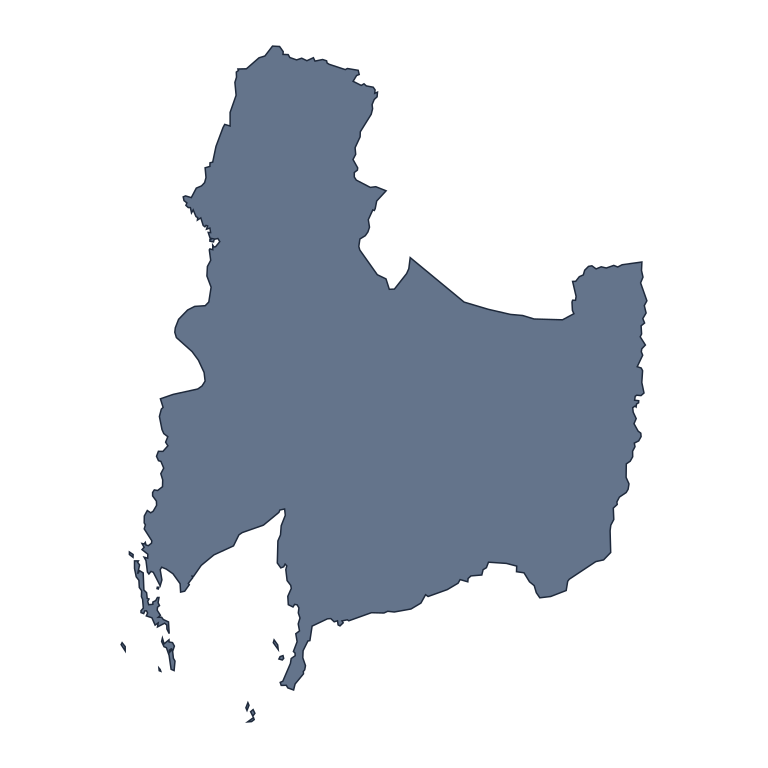 Ao Luek, Krabi, Thailand
{"feature_id": "78962969B54777225393770", "entity_name": "Ao Luek", "entity_type": "district", "adm_level": 2, "iso_a3": "THA", "parent_name": "Thailand", "parent_adm1": "Krabi", "projection": "robinson", "projection_center": [98.715, 8.383], "detail": "fine", "context": "isolated", "style": "filled", "palette": "slate", "viewbox_px": 768, "rotation_deg": 0, "n_neighbors": 0, "source": "geoboundaries", "source_scale": "gbopen_adm2", "svg_char_len": 6104}
<svg xmlns="http://www.w3.org/2000/svg" viewBox="0 0 768 768"><path d="M641.9,262.0L622.2,264.7L617.7,267.0L613.8,265.4L606.3,268.0L601.2,266.8L596.1,268.9L591.9,265.8L588.5,266.4L584.7,270.2L583.3,274.9L579.3,276.7L575.7,281.3L572.6,281.4L576.1,296.4L575.5,300.3L572.6,300.2L572.0,302.1L572.4,310.4L573.9,313.7L562.5,319.8L534.1,319.0L522.7,315.5L510.4,314.4L488.3,309.3L464.1,302.1L410.2,257.6L408.8,268.7L406.6,273.6L394.4,289.1L389.3,289.3L386.0,278.9L377.3,274.7L359.8,250.0L358.8,246.4L359.9,239.0L365.3,235.7L367.9,232.0L369.5,227.2L368.3,219.7L372.8,209.9L374.3,210.5L375.2,208.7L376.7,201.0L386.1,190.8L375.8,186.7L370.3,187.4L356.3,180.1L354.3,177.0L354.3,172.5L357.4,170.1L357.7,167.9L353.0,159.5L355.7,154.3L355.1,147.7L360.1,136.9L360.3,131.8L371.2,114.3L372.6,108.8L372.1,104.6L374.2,99.5L377.1,96.8L377.5,92.1L374.7,93.3L375.1,89.9L373.2,87.2L366.3,85.9L364.0,83.8L361.2,85.4L353.1,81.3L356.6,75.5L359.2,74.5L358.2,70.3L347.4,68.5L345.3,69.6L329.2,64.3L327.1,63.0L326.6,60.8L322.6,59.5L315.0,61.1L313.4,57.7L306.9,60.7L301.7,58.2L296.6,59.9L289.8,57.5L288.2,54.6L283.0,54.4L283.2,51.6L279.6,46.5L272.5,46.1L264.9,56.0L259.0,57.8L246.4,68.8L237.9,69.0L238.4,70.5L236.3,72.1L236.5,77.2L234.9,82.4L236.1,95.3L230.1,112.4L230.1,126.0L224.7,124.4L223.0,127.6L216.0,146.3L212.7,162.1L210.0,162.8L209.9,166.4L205.1,167.8L206.0,177.5L204.6,182.6L201.5,185.9L196.3,188.1L191.3,197.6L185.5,195.9L183.2,196.9L184.0,200.6L186.9,202.9L185.9,205.4L188.3,207.6L190.4,207.6L191.5,212.9L193.2,209.9L196.0,216.6L197.7,217.6L197.4,220.1L200.8,217.9L203.2,225.5L204.9,226.8L206.0,225.4L207.6,225.9L206.5,229.2L209.9,228.1L210.6,232.6L208.2,232.4L210.1,238.2L212.2,238.6L209.9,239.6L209.9,241.2L213.5,241.9L214.2,239.3L217.9,238.5L219.8,241.6L215.6,246.7L214.0,247.0L212.7,245.1L212.8,249.7L209.9,248.9L209.3,249.9L210.7,260.3L207.4,266.5L206.9,276.0L211.1,287.2L208.8,302.0L205.2,305.7L194.7,306.4L187.6,310.0L178.6,319.3L175.3,327.8L174.8,332.3L176.4,337.6L192.1,351.6L198.4,360.2L204.1,372.5L205.1,381.1L202.0,386.0L197.7,389.0L173.1,394.4L160.4,398.8L163.1,407.4L161.3,409.2L159.4,416.5L162.0,429.6L163.8,433.6L167.8,436.7L165.6,442.2L167.9,445.8L162.9,451.4L158.4,451.3L156.5,456.3L158.5,460.7L160.9,461.4L163.7,468.1L160.8,473.7L162.7,479.9L162.5,486.7L157.6,490.5L154.3,489.9L152.6,492.5L152.6,495.9L156.4,501.1L156.6,505.3L153.1,511.3L150.7,512.8L147.3,510.5L144.3,516.0L144.2,522.9L145.4,524.9L144.2,528.9L151.8,540.8L151.5,543.2L148.3,545.7L146.0,545.0L145.3,542.4L144.2,543.9L142.0,543.5L144.1,547.3L142.0,549.6L147.8,554.2L147.7,558.2L144.1,557.2L146.0,560.6L147.4,572.0L148.9,574.0L151.0,571.4L153.3,572.3L160.2,585.8L161.9,579.9L160.2,569.7L161.7,567.2L166.3,569.1L173.0,573.8L180.1,583.7L180.6,592.1L184.7,591.2L189.3,584.7L188.3,583.4L192.8,577.6L192.1,576.2L193.6,576.3L201.2,565.4L213.9,554.9L233.5,545.9L238.9,534.9L242.2,532.6L263.5,525.1L278.9,512.4L279.9,510.0L284.6,509.0L285.3,515.3L281.2,525.7L280.5,534.9L277.9,540.9L277.3,563.0L280.8,567.9L283.7,566.8L285.1,564.1L286.8,565.9L285.8,569.6L287.1,580.6L290.7,585.3L291.3,588.4L287.8,596.3L288.3,604.7L293.0,607.0L294.6,604.4L297.1,604.8L298.9,607.9L298.3,612.9L300.0,618.0L298.2,623.9L299.5,630.9L295.8,633.7L297.1,641.7L293.4,651.5L295.0,653.0L295.2,655.7L291.2,658.5L290.4,663.5L282.8,681.2L280.2,682.4L281.2,685.4L286.3,685.3L287.8,687.9L293.6,690.0L295.1,684.0L303.5,673.8L303.3,671.5L304.7,669.8L305.5,665.7L302.8,657.8L303.1,650.7L307.9,641.0L309.9,640.6L312.1,626.1L327.5,618.8L330.8,618.6L334.2,621.8L337.5,620.8L338.1,624.9L340.0,625.9L343.2,622.8L342.0,620.9L347.3,619.8L348.8,620.8L371.4,612.7L384.0,613.0L387.7,611.3L394.3,612.0L411.0,609.0L420.9,603.1L425.6,594.7L428.1,596.5L447.3,589.6L458.1,583.2L460.1,579.6L467.8,581.8L468.1,578.5L471.0,575.9L481.8,575.0L483.1,569.7L486.4,567.7L488.5,562.2L506.4,563.4L516.7,566.1L516.5,571.7L524.0,572.8L529.5,581.8L534.2,585.6L536.3,592.7L539.8,597.8L550.7,596.5L566.2,590.5L567.7,581.3L569.3,579.2L595.8,561.6L603.6,559.9L610.7,552.5L610.1,530.8L610.8,525.2L613.8,519.5L613.3,508.1L617.2,504.5L616.9,501.9L619.4,497.1L626.2,492.5L628.1,489.3L629.0,483.9L626.1,477.4L626.3,463.9L630.2,461.2L632.7,456.8L632.6,451.2L635.0,446.7L634.3,443.1L638.7,440.9L641.1,436.6L640.8,433.2L638.1,431.1L634.0,423.7L636.2,418.6L633.2,412.2L632.7,407.7L635.0,406.1L636.1,407.0L636.5,404.0L638.6,402.8L638.7,400.7L634.6,400.2L635.2,396.3L636.7,395.2L641.0,395.6L644.0,393.0L641.8,382.5L642.6,370.7L641.2,368.0L637.2,366.7L642.7,355.2L641.3,351.8L641.8,348.8L645.4,345.0L640.2,336.8L641.6,334.0L641.1,325.8L644.6,323.0L642.8,318.6L646.1,313.0L644.3,305.6L646.9,300.8L640.6,282.9L643.0,277.1L641.5,270.5L641.9,262.0ZM138.4,560.9L134.5,560.9L134.5,568.4L136.2,576.8L138.9,580.3L139.3,587.5L141.6,590.7L141.4,596.6L142.6,599.4L143.3,608.1L141.0,610.7L141.0,612.6L143.7,613.6L144.9,610.8L146.5,610.8L147.6,613.0L146.3,615.9L151.9,617.8L155.1,625.1L158.2,622.9L157.5,626.9L164.7,623.2L166.8,625.1L166.9,629.0L169.2,633.6L168.5,621.9L163.3,619.5L161.6,617.2L158.2,617.3L160.4,615.3L157.2,610.2L157.5,607.2L159.5,605.6L158.1,602.7L159.0,597.5L157.4,597.5L155.7,600.6L152.9,602.0L152.8,604.3L148.7,604.7L147.7,601.3L149.0,599.0L147.2,598.4L146.6,592.7L143.9,590.0L143.2,572.9L139.7,570.7L137.6,573.8L139.6,565.0L137.6,562.2L138.4,560.9ZM164.1,643.8L162.4,638.1L161.6,641.5L164.0,646.7L166.4,647.7L169.1,655.4L171.1,669.3L174.1,670.6L175.0,661.1L173.4,658.3L172.6,650.9L171.2,650.4L169.7,652.2L169.3,650.2L171.3,648.8L173.0,650.3L174.4,646.1L172.5,642.6L169.1,642.0L169.0,639.8L164.1,643.8ZM278.2,649.5L277.7,644.9L274.1,639.9L273.3,642.7L278.2,649.5ZM125.2,650.9L125.2,646.6L122.1,642.7L121.1,644.6L125.2,650.9ZM252.8,716.1L254.9,713.3L253.1,709.6L250.6,711.7L252.8,716.1ZM133.1,554.5L129.4,552.0L129.4,554.5L133.0,557.3L133.1,554.5ZM283.7,658.4L283.0,655.6L280.1,656.6L278.9,659.0L282.3,660.0L283.7,658.4ZM251.6,721.6L254.2,719.6L253.5,717.6L247.6,721.9L251.6,721.6ZM247.0,710.4L249.0,705.3L247.9,702.7L245.9,707.8L247.0,710.4ZM160.8,671.3L160.1,669.4L158.9,668.0L159.2,670.7L160.8,671.3ZM158.3,589.0L158.9,587.3L157.3,587.2L157.0,588.6L158.3,589.0Z" fill="#64748b" stroke="#1e293b" stroke-width="1.5"/></svg>